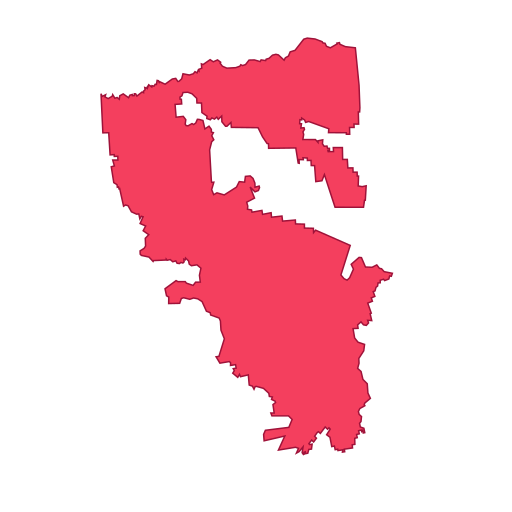 outline of Sayula de Alemán, Veracruz, Mexico, rotated 171°
{"feature_id": "50627088B32201743992634", "entity_name": "Sayula de Alemán", "entity_type": "district", "adm_level": 2, "iso_a3": "MEX", "parent_name": "Mexico", "parent_adm1": "Veracruz", "projection": "natural_earth1", "projection_center": [-94.941, 17.748], "detail": "fine", "context": "isolated", "style": "filled", "palette": "rose", "viewbox_px": 512, "rotation_deg": 171, "n_neighbors": 0, "source": "geoboundaries", "source_scale": "gbopen_adm2", "svg_char_len": 6083}
<svg xmlns="http://www.w3.org/2000/svg" viewBox="0 0 512 512"><g transform="rotate(171 256 256)"><path d="M190.7,51.3L190.5,54.5L187.8,54.5L187.0,60.5L184.4,60.7L184.6,64.0L181.8,64.2L182.0,67.4L179.2,67.6L179.1,66.2L178.0,67.1L177.8,64.4L176.2,64.5L176.4,69.0L179.7,70.8L179.9,74.6L178.2,76.1L176.9,80.9L178.9,83.4L179.2,86.4L177.3,89.1L171.9,91.1L172.4,92.2L171.6,93.7L165.3,97.5L166.9,103.2L166.1,112.4L169.7,117.4L170.3,125.5L173.2,129.1L171.0,134.0L170.5,138.7L164.4,145.5L162.6,151.7L168.7,154.9L171.4,159.6L171.5,169.1L166.5,168.6L166.4,172.1L162.6,174.5L160.6,171.2L157.9,170.2L155.3,172.3L155.8,175.0L151.8,174.1L152.3,181.2L151.1,181.5L153.0,192.0L148.1,193.1L148.7,196.6L144.9,197.5L145.8,202.5L143.9,202.9L142.4,206.3L140.6,207.3L139.7,210.3L137.5,210.1L137.1,212.6L133.6,213.1L132.8,211.6L128.4,212.5L127.1,215.4L125.5,214.8L124.0,217.6L131.9,220.5L134.0,223.8L136.0,224.5L138.1,228.3L143.1,226.7L149.6,228.0L152.1,237.9L154.4,238.5L163.3,232.9L161.8,227.8L166.9,219.9L169.8,217.9L172.6,219.8L175.1,224.0L161.3,251.7L193.1,272.2L195.5,270.1L195.0,274.4L203.8,276.0L203.2,279.9L211.9,281.5L211.5,285.4L224.3,286.3L224.1,291.4L234.6,291.9L234.3,296.4L243.0,296.1L243.0,300.1L253.1,299.9L253.2,302.2L257.1,303.5L256.3,306.6L256.8,310.6L248.4,313.4L251.0,325.0L247.0,319.5L243.4,320.3L241.8,323.0L242.0,324.6L246.2,324.1L245.7,328.2L246.8,333.1L249.2,336.0L254.0,336.3L255.7,330.7L260.9,332.1L264.5,327.1L277.8,321.3L284.7,324.5L288.2,323.2L289.4,328.5L286.1,335.5L288.3,335.7L288.3,337.5L285.2,368.1L281.9,375.8L279.5,377.4L280.9,381.7L278.8,384.5L280.7,385.4L280.3,388.1L282.1,391.6L286.6,389.5L287.2,398.1L290.8,399.8L292.5,400.2L294.7,396.8L297.0,395.6L298.5,396.8L302.8,395.2L304.6,395.7L305.3,397.3L304.0,401.6L306.0,405.3L313.2,405.6L312.2,418.4L305.6,417.8L305.2,422.5L306.5,422.8L306.3,424.8L304.1,425.8L302.5,428.9L297.7,428.4L293.8,426.2L289.9,421.0L290.4,416.4L285.9,415.6L287.0,406.1L282.5,401.8L283.1,399.5L279.8,397.7L278.0,399.3L275.6,397.7L273.0,399.3L271.9,396.9L268.0,399.6L268.7,393.9L265.8,388.9L264.4,388.7L259.9,391.8L260.2,386.9L233.9,382.4L230.9,372.7L227.5,365.4L226.1,365.0L226.7,360.4L199.8,356.5L199.8,341.2L198.8,340.8L198.4,344.5L194.2,343.7L194.2,345.7L190.0,344.7L190.3,342.3L186.7,341.8L187.3,336.7L184.0,336.1L185.3,320.1L179.1,320.0L175.7,325.7L170.3,291.8L142.2,287.3L140.1,294.1L139.3,294.0L136.2,308.1L140.3,307.9L144.1,309.2L142.2,318.9L143.5,319.1L143.0,323.0L147.0,323.6L146.5,327.9L151.5,328.6L150.7,337.1L155.3,337.8L153.7,349.6L162.7,351.0L163.1,347.0L168.4,347.8L168.5,349.0L166.9,348.8L166.6,350.8L168.5,351.1L168.7,353.5L171.5,353.7L172.8,356.4L171.9,360.3L176.8,360.1L177.0,358.5L179.1,361.7L191.5,363.7L189.9,368.6L190.2,371.2L188.3,373.5L188.5,375.2L191.7,375.4L190.4,379.5L192.2,379.8L191.3,383.8L189.6,383.3L189.3,385.1L186.7,382.7L186.1,380.2L182.9,380.6L164.2,370.3L165.1,366.5L147.5,363.6L147.7,362.1L144.4,361.6L143.5,368.3L139.0,367.6L138.6,371.0L134.0,370.2L132.4,382.3L131.1,382.1L130.2,386.1L127.5,408.6L125.3,446.1L135.0,448.8L140.0,452.0L140.2,453.7L142.8,453.6L142.6,452.8L150.0,450.0L153.6,452.1L154.5,455.3L156.6,456.0L157.1,457.3L163.7,461.1L171.3,463.2L174.9,462.7L185.3,453.0L190.3,452.3L192.7,448.4L196.0,447.2L197.6,445.0L202.4,451.1L204.8,452.1L208.3,451.8L212.2,449.2L215.2,448.8L215.9,447.5L220.3,448.9L221.5,447.4L226.9,449.9L232.2,450.6L236.4,446.7L239.5,446.2L241.1,447.3L242.2,446.0L246.5,445.2L255.4,446.1L259.5,448.7L261.3,452.1L260.6,452.9L263.3,455.7L267.8,454.5L270.6,457.1L278.3,453.4L279.9,454.3L280.2,450.0L283.3,449.3L283.4,447.8L284.0,448.6L285.6,446.1L287.4,447.6L289.4,445.8L293.5,445.2L299.6,447.4L301.7,442.6L304.7,440.6L305.9,440.6L307.5,444.0L311.0,443.9L318.9,439.9L323.8,443.2L324.4,442.6L324.9,444.4L326.2,444.9L327.5,441.0L328.7,441.4L330.2,439.7L332.1,440.5L332.5,439.3L335.2,441.9L336.8,439.1L336.9,440.0L337.9,438.9L339.5,439.8L339.5,437.6L341.3,436.4L341.5,434.9L342.9,435.8L348.6,432.6L349.5,435.0L350.8,435.3L351.2,433.5L353.0,433.7L353.0,434.9L355.4,434.6L357.1,432.3L361.8,436.9L365.5,435.6L366.5,432.2L368.4,434.3L370.7,433.9L372.3,437.8L373.0,436.3L377.4,434.6L380.3,436.8L379.3,438.8L382.9,437.7L383.7,440.5L388.0,401.6L382.2,400.8L384.3,378.7L380.2,378.3L380.4,376.5L376.9,376.1L377.4,372.4L382.5,373.2L381.8,367.1L385.0,366.8L385.0,350.7L382.1,348.2L382.2,345.6L381.0,345.8L380.8,343.7L380.1,343.9L379.0,325.9L376.9,326.8L374.5,325.7L372.1,319.1L367.4,316.0L365.2,315.9L364.9,310.9L363.1,313.2L361.4,312.4L365.4,306.2L360.3,302.9L363.5,298.6L358.6,293.8L362.6,290.8L363.5,283.1L365.3,281.1L369.7,279.2L370.1,275.9L369.1,274.5L361.9,271.7L358.5,266.7L357.9,267.5L345.5,266.1L345.2,267.0L344.5,265.7L341.3,265.9L339.1,263.3L336.0,263.7L335.1,261.2L332.8,260.5L331.2,261.4L329.3,260.5L327.9,261.5L327.8,264.1L326.5,263.3L325.9,265.0L323.4,261.7L323.2,258.4L321.3,256.5L315.7,256.5L312.3,252.6L314.9,245.8L315.1,238.9L319.8,239.6L322.7,236.8L329.0,240.1L329.9,241.8L337.1,242.9L338.8,244.2L351.0,237.9L350.6,230.7L348.6,229.1L349.7,222.7L338.8,221.2L336.4,225.7L334.0,226.1L328.2,223.6L324.2,224.3L320.2,222.8L316.4,219.4L313.6,209.2L310.1,207.2L310.0,204.8L302.1,200.5L301.3,197.4L302.2,188.2L300.2,179.2L308.3,162.7L311.2,162.7L308.4,155.8L298.8,155.9L297.8,154.4L298.3,151.9L293.2,151.9L293.1,148.4L296.1,148.3L295.4,146.1L297.3,143.9L293.0,139.0L290.8,141.7L290.2,139.2L282.2,139.8L282.9,129.6L279.9,128.0L278.8,124.7L277.3,127.1L276.1,127.2L269.3,124.1L264.8,118.4L264.8,115.2L261.9,114.2L263.1,111.9L259.9,109.7L259.6,108.2L262.5,106.6L262.6,98.1L265.9,98.6L265.3,95.6L248.9,93.0L245.9,88.9L250.4,81.6L274.0,82.4L276.4,78.6L276.9,72.2L255.7,73.7L264.2,60.8L246.9,60.9L244.1,59.4L246.9,55.0L244.1,56.0L239.4,60.1L241.2,54.5L240.2,52.5L239.3,52.8L239.4,54.6L238.0,54.9L238.4,53.0L235.7,53.1L234.1,56.7L231.4,56.6L230.0,61.4L232.6,61.4L233.1,62.4L229.8,65.5L228.2,63.3L224.8,66.6L226.3,68.8L223.1,72.1L221.8,72.7L220.2,70.7L214.4,76.3L212.4,73.7L210.8,74.9L209.8,73.4L214.2,68.4L211.3,65.4L211.0,55.9L208.3,56.0L208.1,52.3L205.5,52.4L205.5,51.0L200.6,51.0L201.3,48.8L199.0,48.8L199.0,51.4L190.7,51.3Z" fill="#f43f5e" stroke="#9f1239" stroke-width="1.5"/></g></svg>